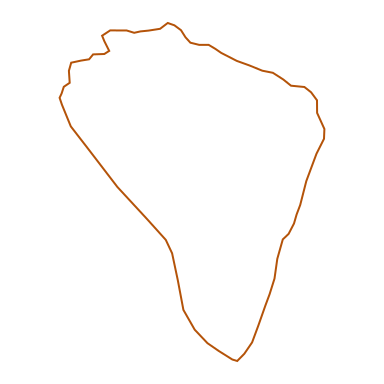 Ovanåker, Gävleborg, Sweden
{"feature_id": "70781695B81949975609357", "entity_name": "Ovanåker", "entity_type": "district", "adm_level": 2, "iso_a3": "SWE", "parent_name": "Sweden", "parent_adm1": "Gävleborg", "projection": "orthographic", "projection_center": [15.777, 61.335], "detail": "fine", "context": "isolated", "style": "outline", "palette": "amber", "viewbox_px": 384, "rotation_deg": 0, "n_neighbors": 0, "source": "geoboundaries", "source_scale": "gbopen_adm2", "svg_char_len": 930}
<svg xmlns="http://www.w3.org/2000/svg" viewBox="0 0 384 384"><path d="M237.2,361.0L244.3,353.8L252.1,342.4L258.4,325.4L265.4,305.5L269.6,294.2L274.5,278.6L277.3,258.8L282.8,239.4L288.6,233.9L294.0,223.5L296.6,214.5L300.2,205.0L306.3,181.1L316.5,153.7L324.0,138.8L324.4,129.0L317.1,112.9L317.0,100.3L311.1,92.3L304.4,87.0L291.0,85.7L283.3,79.5L273.0,72.9L272.9,72.8L262.3,70.7L249.3,65.4L236.8,60.9L221.2,52.9L215.4,48.9L208.7,44.9L199.3,44.9L190.4,42.7L185.5,37.3L181.0,30.2L174.4,25.3L167.7,23.0L160.1,28.8L148.5,30.6L140.5,31.4L134.2,32.8L126.7,30.5L110.2,30.4L102.1,35.7L104.3,41.1L109.2,50.9L104.3,54.0L93.1,54.4L89.1,59.3L81.0,60.6L71.2,62.7L68.9,70.8L69.7,82.8L63.8,86.8L61.6,93.5L59.6,97.8L61.9,104.6L70.8,126.4L88.2,148.9L117.4,187.0L146.8,218.8L165.8,239.9L172.1,253.3L177.8,280.2L183.4,309.9L194.7,329.7L201.8,337.2L207.5,343.2L218.8,351.0L232.3,359.5L237.2,361.0Z" fill="none" stroke="#b45309" stroke-width="2"/></svg>